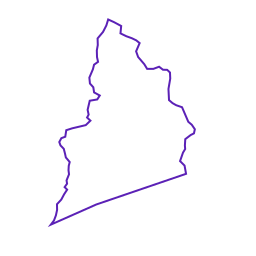 Solidão, Pernambuco, Brazil, rotated 97°
{"feature_id": "56859067B13785491048510", "entity_name": "Solidão", "entity_type": "district", "adm_level": 2, "iso_a3": "BRA", "parent_name": "Brazil", "parent_adm1": "Pernambuco", "projection": "orthographic", "projection_center": [-37.665, -7.581], "detail": "fine", "context": "isolated", "style": "outline", "palette": "violet", "viewbox_px": 256, "rotation_deg": 97, "n_neighbors": 0, "source": "geoboundaries", "source_scale": "gbopen_adm2", "svg_char_len": 1092}
<svg xmlns="http://www.w3.org/2000/svg" viewBox="0 0 256 256"><g transform="rotate(97 128 128)"><path d="M35.0,147.0L27.6,147.2L24.6,154.9L22.7,160.9L28.9,162.0L35.7,164.5L42.8,169.1L49.4,168.1L54.8,168.4L61.4,167.4L66.0,165.8L69.3,169.4L74.0,170.0L82.7,172.5L88.5,171.2L91.8,167.4L96.8,166.0L99.2,160.0L103.4,162.0L105.6,169.3L114.9,170.3L119.5,168.7L122.6,169.9L125.3,166.2L130.3,170.3L135.1,183.3L137.7,189.0L144.3,189.2L146.2,192.9L150.3,194.5L153.5,192.9L156.5,189.2L161.1,187.4L164.8,186.1L168.9,181.7L172.8,182.2L177.2,181.9L181.1,180.9L187.5,182.6L190.7,181.7L194.4,183.7L196.6,180.9L201.5,183.3L207.2,185.5L212.3,189.2L217.9,188.4L223.5,188.9L228.8,190.2L233.3,192.8L207.8,150.2L166.4,64.8L158.4,67.3L154.5,72.3L145.7,70.4L141.9,68.7L138.4,69.4L132.1,69.8L127.3,64.9L125.3,61.9L121.1,61.5L117.0,65.1L114.5,68.9L100.8,76.9L99.5,83.0L97.9,86.8L95.3,90.7L84.3,92.6L73.8,92.1L67.8,93.1L65.5,96.2L65.9,100.4L63.4,104.6L66.2,110.0L67.0,116.2L62.7,119.6L56.3,126.6L50.9,129.3L42.3,126.8L40.0,130.5L38.4,135.2L37.1,140.9L35.0,147.0Z" fill="none" stroke="#5b21b6" stroke-width="2"/></g></svg>